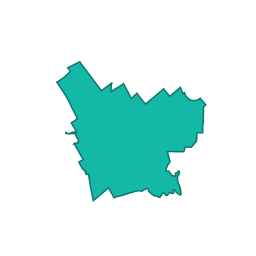 the district of Focsani, Vrancea, Romania, rotated 319°
{"feature_id": "2599482B48178817196706", "entity_name": "Focsani", "entity_type": "district", "adm_level": 2, "iso_a3": "ROU", "parent_name": "Romania", "parent_adm1": "Vrancea", "projection": "mercator", "projection_center": [27.2, 45.699], "detail": "fine", "context": "isolated", "style": "filled", "palette": "teal", "viewbox_px": 256, "rotation_deg": 319, "n_neighbors": 0, "source": "geoboundaries", "source_scale": "gbopen_adm2", "svg_char_len": 5677}
<svg xmlns="http://www.w3.org/2000/svg" viewBox="0 0 256 256"><g transform="rotate(319 128 128)"><path d="M124.7,212.6L125.0,212.3L125.2,211.7L125.6,211.2L126.0,210.5L126.6,209.8L127.0,209.4L127.2,209.2L127.3,208.9L127.7,208.1L128.2,207.1L128.6,206.2L128.8,205.8L129.0,205.1L129.3,203.9L129.6,203.0L129.9,202.2L130.8,200.6L131.6,199.3L131.7,199.1L132.0,198.7L132.3,198.4L132.8,197.9L132.9,197.7L133.7,197.3L134.0,197.1L134.5,197.0L135.5,196.7L135.8,196.6L136.0,196.5L136.2,196.4L136.5,196.1L137.6,195.4L137.9,195.1L138.0,194.8L138.1,194.4L138.1,194.1L138.0,193.8L137.9,193.6L137.7,193.6L136.6,193.7L135.9,193.9L135.4,193.9L135.1,193.8L134.8,193.6L134.4,193.3L133.8,193.5L133.7,193.8L133.6,194.2L133.5,194.5L133.2,194.6L132.9,194.7L132.7,194.9L132.5,195.1L132.4,195.2L132.2,195.3L131.9,195.4L131.7,195.2L131.4,194.8L131.2,194.6L131.1,194.4L131.1,194.2L130.7,193.5L130.5,193.1L130.3,192.8L130.1,192.2L129.9,192.0L129.9,191.7L130.0,191.4L130.1,190.8L130.2,190.5L130.3,190.2L130.3,189.8L130.3,189.3L130.3,188.8L130.3,188.5L130.3,188.2L130.5,187.1L129.8,186.6L129.4,186.3L128.6,185.9L129.0,185.1L129.5,184.2L129.8,183.8L130.0,183.7L130.3,183.5L130.9,183.3L131.6,183.0L132.2,182.8L132.9,182.4L133.8,182.0L134.5,181.7L136.2,181.4L137.2,181.2L137.5,181.0L137.6,180.8L137.9,180.4L138.5,179.1L142.3,171.6L154.5,182.5L156.0,181.6L156.4,181.4L156.9,181.1L157.2,180.8L157.9,180.5L158.7,180.0L161.9,182.8L163.3,184.1L163.6,184.0L164.1,184.0L165.4,183.7L168.4,183.3L169.8,183.1L170.0,183.0L170.9,183.0L172.4,181.6L173.2,180.9L173.5,180.6L174.1,179.8L174.5,179.4L175.1,178.8L175.5,178.3L176.1,177.8L177.0,176.9L178.4,178.1L179.6,179.2L180.1,179.6L180.9,180.3L181.2,180.6L184.0,177.5L184.3,177.1L185.8,175.4L186.6,174.6L187.7,173.4L188.0,173.6L198.9,161.6L201.9,161.6L201.9,157.4L201.9,152.8L201.7,152.8L201.3,152.8L200.6,152.8L200.0,152.7L199.5,152.6L198.6,152.3L197.4,151.7L196.4,151.0L195.8,150.5L195.0,149.9L194.6,149.4L194.2,148.8L193.4,147.4L193.2,147.0L192.9,145.7L192.8,144.7L192.7,144.1L192.6,143.8L192.6,143.4L192.6,143.0L192.5,142.5L192.5,142.3L192.6,142.0L192.7,141.5L192.8,141.1L193.4,139.5L193.6,139.2L193.8,138.7L193.7,138.4L193.7,138.2L192.7,138.2L191.9,138.2L193.5,133.4L194.2,131.7L180.3,131.5L180.4,126.6L180.6,121.8L173.4,121.8L168.0,121.7L165.4,121.6L162.7,121.5L157.9,121.5L156.9,121.5L157.0,117.4L157.4,108.7L157.5,108.0L157.6,107.6L149.8,108.0L151.7,100.3L153.7,91.5L153.1,91.6L152.6,91.6L150.0,91.2L148.1,90.9L144.6,90.3L141.6,89.8L139.2,89.4L138.8,89.3L139.2,88.9L143.9,84.5L145.1,83.4L143.0,83.2L140.7,83.0L138.0,82.8L136.1,82.7L134.4,82.5L133.2,82.4L132.4,82.4L132.9,74.9L133.0,73.9L133.2,70.8L133.6,65.9L133.7,64.5L134.2,56.8L134.5,52.3L134.7,49.5L135.1,46.5L135.0,46.4L134.2,46.1L129.0,44.8L128.2,44.6L126.1,44.1L123.9,43.5L122.0,43.0L121.7,47.4L121.4,47.5L120.3,47.5L114.6,47.8L113.4,47.8L111.7,47.7L109.0,47.4L108.5,47.3L107.4,47.2L106.3,47.1L106.1,47.0L105.6,47.0L105.0,46.8L104.6,46.7L104.3,46.7L104.1,49.1L103.7,52.0L103.2,55.9L102.8,58.8L102.2,62.8L101.5,66.2L100.9,69.1L100.5,70.6L100.1,71.6L99.9,72.7L99.6,73.7L99.0,75.4L98.6,77.0L98.4,78.2L98.1,79.7L97.9,80.6L97.5,81.8L97.2,82.9L96.9,84.2L96.9,84.6L96.0,87.8L90.2,87.2L88.5,87.0L87.0,95.4L86.7,97.3L86.4,97.2L85.8,96.8L85.2,96.2L83.6,94.9L82.8,94.6L82.6,95.0L81.9,94.4L81.3,94.0L81.1,94.4L80.1,93.7L79.3,93.1L78.8,92.6L78.4,92.2L78.1,91.7L77.9,91.6L78.6,91.0L78.2,90.5L77.6,91.4L77.8,91.7L79.3,93.4L80.3,94.2L82.5,95.8L83.4,96.6L84.2,97.4L84.8,97.9L83.9,98.9L83.7,99.2L83.6,99.9L83.1,102.1L82.9,103.3L83.1,103.4L82.5,104.7L82.2,104.9L82.1,105.4L81.8,105.8L81.3,105.6L81.0,106.1L80.6,106.6L77.4,104.3L77.0,104.4L76.5,104.5L76.9,104.9L76.9,105.1L76.9,105.8L76.6,106.8L76.4,108.1L75.8,111.4L74.7,116.2L73.5,122.3L73.3,122.5L73.1,122.5L68.7,121.3L67.4,126.2L66.9,128.5L67.1,130.3L67.1,131.3L67.3,133.2L66.9,133.0L66.7,133.4L66.7,133.6L66.6,133.8L66.5,134.2L66.3,134.7L66.0,135.7L66.8,136.1L67.2,136.3L67.9,136.7L65.7,140.5L64.8,141.9L63.4,144.1L62.3,146.0L59.5,150.5L58.1,153.3L57.9,153.6L54.1,160.1L57.7,160.2L61.5,160.2L65.3,160.3L68.6,160.3L72.1,160.3L72.9,160.3L73.2,160.3L73.4,160.4L73.9,160.5L72.9,165.8L72.5,167.9L71.9,170.6L71.8,171.2L71.8,171.6L75.4,172.7L75.4,173.0L77.2,173.9L78.4,174.6L79.0,174.8L79.6,175.1L81.5,175.9L84.3,177.2L84.8,177.4L85.4,177.1L85.5,177.2L85.4,177.3L85.5,177.6L85.8,177.7L87.4,178.4L87.5,178.6L88.2,178.9L89.0,179.3L89.9,179.7L90.3,179.8L91.4,180.3L92.2,180.7L93.7,181.6L94.2,181.8L94.5,182.1L94.9,182.5L95.6,183.0L96.0,183.4L96.4,184.0L96.6,184.5L97.2,184.9L98.3,185.0L99.2,185.1L99.8,185.3L100.7,185.6L103.1,186.4L103.3,186.8L103.1,187.6L102.9,188.2L102.7,188.4L102.2,188.9L102.2,189.4L102.2,190.4L102.4,191.2L102.3,192.1L102.3,192.3L102.6,193.4L103.0,194.6L103.2,195.6L103.3,196.3L103.4,196.6L103.7,197.0L103.9,197.2L104.2,197.3L104.5,197.5L105.0,198.1L105.2,198.4L105.3,198.6L105.3,199.0L105.6,199.8L106.0,200.7L106.1,200.9L106.2,201.0L106.6,201.2L107.0,201.2L107.7,201.0L107.9,200.9L108.4,200.8L108.5,200.8L109.1,200.7L109.6,200.4L110.2,200.1L110.5,200.1L110.9,200.0L111.3,200.0L111.7,200.0L112.0,200.1L112.3,200.3L112.5,200.5L112.6,201.2L112.5,201.8L112.6,202.3L112.6,202.8L112.5,203.3L112.4,203.6L112.6,203.8L113.1,204.2L113.6,204.5L114.0,204.5L114.5,204.4L115.0,204.1L115.7,204.0L116.0,204.0L116.6,204.1L117.4,204.3L117.6,204.4L117.6,204.6L117.7,205.0L117.7,205.4L117.9,205.6L118.2,206.0L118.6,206.5L118.9,206.7L119.3,207.0L119.6,207.0L119.9,206.9L120.1,206.8L120.2,206.5L120.4,205.4L120.6,205.0L121.0,204.6L121.4,204.5L121.8,204.5L122.2,204.7L122.6,205.1L122.6,205.3L122.4,205.8L122.2,206.2L122.2,206.7L122.3,207.5L122.8,211.5L123.1,212.3L123.4,212.7L123.8,212.9L124.0,213.0L124.4,212.9L124.7,212.6Z" fill="#14b8a6" stroke="#0f766e" stroke-width="1.5"/></g></svg>